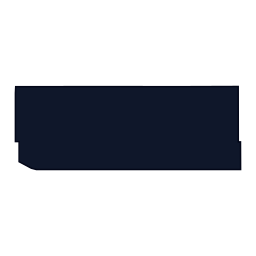 Swift, Minnesota, United States of America (Robinson projection)
{"feature_id": "52423323B6622975952869", "entity_name": "Swift", "entity_type": "district", "adm_level": 2, "iso_a3": "USA", "parent_name": "United States of America", "parent_adm1": "Minnesota", "projection": "robinson", "projection_center": [-95.787, 45.282], "detail": "fine", "context": "isolated", "style": "filled", "palette": "ink", "viewbox_px": 256, "rotation_deg": 0, "n_neighbors": 0, "source": "geoboundaries", "source_scale": "gbopen_adm2", "svg_char_len": 286}
<svg xmlns="http://www.w3.org/2000/svg" viewBox="0 0 256 256"><path d="M15.7,86.7L15.4,93.2L15.4,141.6L19.1,141.6L19.1,161.7L31.3,168.2L36.3,169.5L240.6,169.5L240.5,141.9L238.3,141.9L238.2,86.5L174.9,86.7L111.1,86.6L15.7,86.7Z" fill="#0f172a" stroke="#020617" stroke-width="1.5"/></svg>